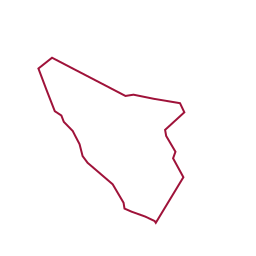 outline of Al Mahwit City, Al Mahwit, Yemen, rotated 153°
{"feature_id": "15242507B54301624222868", "entity_name": "Al Mahwit City", "entity_type": "district", "adm_level": 2, "iso_a3": "YEM", "parent_name": "Yemen", "parent_adm1": "Al Mahwit", "projection": "orthographic", "projection_center": [43.552, 15.463], "detail": "fine", "context": "isolated", "style": "outline", "palette": "rose", "viewbox_px": 256, "rotation_deg": 153, "n_neighbors": 0, "source": "geoboundaries", "source_scale": "gbopen_adm2", "svg_char_len": 498}
<svg xmlns="http://www.w3.org/2000/svg" viewBox="0 0 256 256"><g transform="rotate(153 128 128)"><path d="M182.4,162.6L178.6,150.4L178.6,145.2L178.5,135.6L181.2,123.6L179.8,115.3L167.2,84.8L165.9,63.4L167.7,57.8L162.7,51.7L152.9,41.3L146.5,33.0L146.3,30.9L101.0,59.0L101.6,80.5L96.5,85.3L97.6,103.6L95.8,109.5L70.7,116.4L70.4,126.5L91.5,142.1L108.0,155.2L115.7,157.7L163.8,225.1L180.8,221.7L183.3,199.2L185.6,176.2L181.7,169.4L182.4,162.6Z" fill="none" stroke="#9f1239" stroke-width="2"/></g></svg>